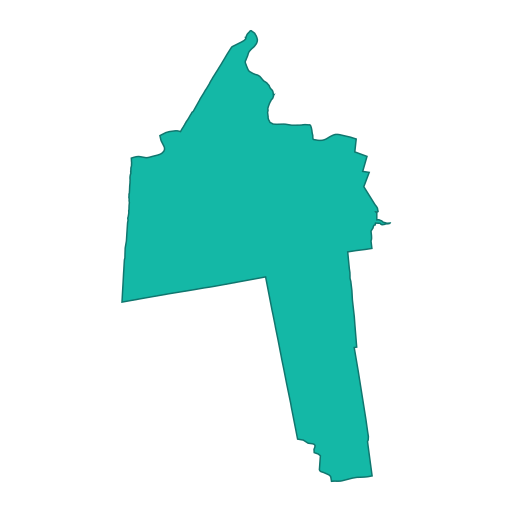 Gostinari, Giurgiu, Romania (Equal Earth projection)
{"feature_id": "2599482B31604747226035", "entity_name": "Gostinari", "entity_type": "district", "adm_level": 2, "iso_a3": "ROU", "parent_name": "Romania", "parent_adm1": "Giurgiu", "projection": "equal_earth", "projection_center": [26.227, 44.159], "detail": "fine", "context": "isolated", "style": "filled", "palette": "teal", "viewbox_px": 512, "rotation_deg": 0, "n_neighbors": 0, "source": "geoboundaries", "source_scale": "gbopen_adm2", "svg_char_len": 5959}
<svg xmlns="http://www.w3.org/2000/svg" viewBox="0 0 512 512"><path d="M368.2,440.0L368.4,436.6L367.6,431.5L365.9,419.4L358.2,371.0L354.2,347.5L356.7,347.1L354.9,325.0L354.3,316.8L352.4,299.9L351.9,290.7L350.8,281.4L350.0,278.3L350.0,275.7L349.9,272.5L349.3,268.5L347.7,251.9L355.9,250.6L365.6,249.4L371.9,248.4L371.0,240.9L371.1,240.6L371.4,239.8L371.6,238.2L371.5,235.6L371.1,232.0L371.0,231.5L371.2,230.9L371.7,230.0L372.6,228.6L373.1,227.8L373.1,227.3L373.5,226.1L373.9,225.5L374.2,225.2L374.5,225.0L375.2,224.9L375.5,223.1L379.8,223.3L380.3,223.4L380.6,223.8L380.8,224.1L381.0,224.3L381.9,224.7L382.3,224.7L382.7,224.7L383.2,224.6L384.9,224.3L385.4,224.0L385.9,223.9L387.9,223.8L388.5,223.7L389.8,223.4L390.0,223.0L389.0,223.1L388.2,223.2L387.3,223.2L387.1,223.3L385.1,222.7L384.4,222.5L383.6,222.3L383.2,222.2L382.7,221.8L382.1,221.2L381.5,220.8L380.1,220.3L379.6,220.0L379.0,219.8L378.2,219.7L376.8,219.8L376.8,217.2L376.8,213.9L376.8,213.1L375.8,211.9L377.5,211.9L378.0,211.6L378.1,211.2L377.8,210.5L377.6,209.0L377.4,208.1L377.0,207.4L376.4,206.4L375.1,204.8L363.8,186.7L369.2,172.4L362.7,171.4L367.0,156.4L354.8,151.9L356.2,139.0L352.1,137.7L350.6,137.2L339.7,134.7L338.4,134.5L337.5,134.4L336.5,134.4L335.7,134.4L334.4,134.7L333.2,135.1L331.1,136.1L329.6,136.9L327.0,138.5L325.7,139.2L324.2,139.8L322.2,140.3L320.2,140.4L319.4,140.4L317.8,140.3L316.3,140.0L315.7,139.9L314.6,139.7L313.8,139.6L313.4,139.4L313.2,139.3L313.1,139.1L313.0,138.7L312.9,138.2L312.8,137.4L312.8,135.7L312.6,134.7L312.4,134.0L312.2,133.0L312.0,131.6L311.8,130.0L311.3,127.6L310.6,125.7L310.4,125.3L309.8,124.9L309.6,124.8L309.2,124.9L305.0,124.6L302.7,124.8L301.8,125.0L300.8,125.1L295.6,125.2L293.5,125.2L292.1,125.2L291.6,125.2L289.2,124.8L288.0,124.6L285.4,124.2L283.3,124.1L276.6,124.3L274.8,124.2L273.5,124.1L273.1,124.0L272.7,123.9L272.0,123.4L270.0,122.4L269.6,121.6L269.4,121.0L269.0,120.5L268.7,119.9L268.2,118.4L268.1,118.0L268.1,117.5L268.1,116.9L268.1,116.6L267.6,112.7L267.6,112.2L268.0,110.6L268.0,109.9L267.8,109.1L267.8,108.7L267.9,108.1L268.4,106.4L269.3,103.9L269.7,103.0L270.0,102.3L270.5,101.5L271.1,100.2L271.3,99.9L271.6,99.5L272.5,98.6L272.8,98.0L273.4,96.4L273.4,96.1L273.5,95.6L274.0,94.7L273.7,94.8L273.3,94.7L273.3,94.1L273.1,92.5L272.8,91.4L272.5,90.7L272.1,90.1L271.1,89.1L270.2,88.0L269.8,87.3L269.3,86.1L269.0,85.4L267.6,83.9L266.8,82.9L265.3,81.9L263.7,80.9L262.2,79.2L260.7,77.4L259.7,76.3L258.5,75.6L257.7,75.1L256.3,74.7L255.6,74.5L254.8,74.3L254.1,73.9L253.2,73.6L249.5,71.5L249.0,71.0L248.2,69.9L247.9,69.3L246.4,65.7L246.2,65.0L245.7,63.8L245.5,63.3L245.3,62.7L245.3,62.0L245.3,61.4L245.3,61.1L245.5,60.8L246.1,59.6L246.3,58.9L247.3,56.6L247.8,55.2L248.2,53.8L248.7,52.4L249.0,51.9L249.8,50.8L250.2,50.4L250.6,49.9L251.9,48.6L253.2,47.5L254.1,46.7L254.6,46.1L255.4,45.0L255.9,44.4L256.5,43.4L256.8,42.7L257.0,42.1L257.3,41.0L257.4,39.8L257.3,39.3L256.8,37.4L256.0,35.5L255.1,34.2L255.0,33.8L254.9,33.5L254.5,33.1L253.8,32.6L252.9,31.9L252.1,31.5L251.8,31.1L251.6,30.9L251.4,30.8L251.0,30.7L250.5,30.8L250.2,30.9L249.2,32.1L248.1,33.2L247.4,34.0L246.6,35.4L246.4,36.1L246.1,37.1L246.0,37.3L245.8,37.4L245.4,37.4L245.4,37.6L245.7,37.8L245.8,38.1L245.8,38.4L245.7,38.8L245.3,39.3L244.2,40.4L243.9,40.6L242.7,41.3L241.3,42.1L239.5,43.0L234.9,45.3L232.5,46.5L231.9,46.9L231.7,47.1L231.2,47.8L230.1,49.5L228.0,52.8L227.0,54.4L225.1,57.6L224.9,58.0L222.3,62.3L221.2,64.2L218.6,68.3L218.0,69.4L216.9,71.1L216.4,71.9L216.0,72.5L214.4,75.1L213.5,76.5L213.6,76.3L212.8,77.6L211.8,79.4L210.8,81.0L210.0,82.5L209.7,83.1L209.4,83.8L208.0,86.1L206.5,88.6L205.3,90.3L203.8,93.0L202.8,94.6L201.3,97.0L199.8,99.5L199.6,100.1L198.6,101.8L197.4,104.0L196.2,106.1L193.3,111.3L193.0,111.6L192.5,112.0L192.2,112.1L192.0,112.4L191.7,112.9L191.5,113.2L191.4,113.5L191.0,114.1L190.8,114.5L190.6,114.7L188.5,118.4L188.2,118.8L187.9,119.4L186.6,121.2L186.2,121.8L185.9,122.3L185.9,122.5L185.1,123.7L184.5,125.0L183.8,126.0L183.4,126.8L181.9,129.1L180.5,131.6L179.1,131.2L177.1,130.8L175.4,130.8L169.3,131.6L165.8,132.6L159.9,135.6L160.7,139.2L161.1,140.7L164.2,146.8L164.5,148.0L164.5,149.5L164.0,150.9L163.5,151.6L161.8,153.3L160.2,154.2L157.6,155.1L152.4,156.4L149.2,157.3L147.0,157.7L146.0,157.7L143.7,157.3L140.9,156.8L139.6,156.6L138.3,156.5L136.4,156.7L134.2,157.2L131.3,158.1L131.3,158.5L131.4,159.0L131.4,159.8L131.5,161.6L131.6,162.5L131.5,165.9L131.3,166.5L131.1,167.2L130.9,168.0L130.9,169.2L130.8,170.9L130.9,171.1L130.8,171.4L130.7,171.5L130.7,172.1L130.8,172.6L130.9,173.0L130.8,173.3L130.5,174.3L130.3,175.0L130.0,177.0L130.0,178.6L130.0,179.1L130.1,179.5L130.1,180.2L130.0,181.7L130.0,182.9L129.7,185.9L129.5,190.8L129.4,192.2L129.4,193.0L129.3,193.5L129.0,193.9L129.0,196.0L128.9,197.0L128.9,197.7L129.0,198.0L129.1,198.6L129.2,199.1L129.1,200.2L129.1,200.6L129.2,201.4L129.4,202.8L129.3,203.4L129.1,205.3L129.0,207.6L129.0,209.1L129.0,209.4L128.8,210.1L128.7,210.8L128.8,212.5L128.7,213.6L128.2,216.7L127.9,217.6L127.8,218.1L127.8,218.7L128.0,219.7L128.0,220.7L127.6,222.6L127.5,223.9L126.8,234.7L126.4,241.1L125.4,246.8L125.2,248.1L125.0,253.5L124.9,258.0L124.5,259.4L124.4,259.9L124.1,264.6L123.8,270.1L123.6,272.9L123.1,282.3L122.5,292.7L122.0,302.1L145.9,297.8L168.7,293.8L193.9,289.7L204.1,287.9L210.3,287.0L214.4,286.3L245.5,280.6L265.6,276.9L272.1,310.5L272.9,314.2L275.1,325.2L275.5,327.5L278.0,339.7L280.5,352.7L280.8,354.2L281.8,359.5L283.7,368.7L286.6,383.5L290.7,403.4L291.2,406.4L291.5,408.0L295.8,429.9L297.6,439.1L303.3,440.1L308.1,443.2L312.7,443.8L314.1,444.3L315.1,445.5L314.8,447.3L314.0,449.3L314.2,452.6L318.2,454.0L320.4,455.7L319.4,469.7L319.7,470.4L320.1,471.0L320.6,471.4L321.1,471.7L323.6,472.5L328.8,474.8L330.1,475.9L330.5,476.4L330.8,477.2L331.5,481.3L334.6,481.1L337.4,481.2L340.2,481.1L342.0,480.8L351.3,478.4L352.5,478.1L355.4,477.6L357.2,477.3L358.5,477.3L361.7,477.2L365.2,477.0L367.9,476.7L372.1,475.9L369.4,455.8L368.0,445.3L367.5,441.4L368.2,440.0Z" fill="#14b8a6" stroke="#0f766e" stroke-width="1.5"/></svg>